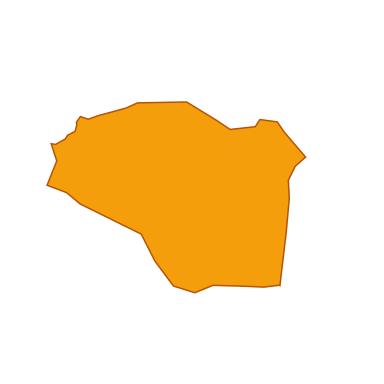 outline of Delgerxaan, Töv, Mongolia, rotated 323°
{"feature_id": "93677404B23816773635659", "entity_name": "Delgerxaan", "entity_type": "district", "adm_level": 2, "iso_a3": "MNG", "parent_name": "Mongolia", "parent_adm1": "Töv", "projection": "mercator", "projection_center": [104.591, 46.68], "detail": "fine", "context": "isolated", "style": "filled", "palette": "amber", "viewbox_px": 384, "rotation_deg": 323, "n_neighbors": 0, "source": "geoboundaries", "source_scale": "gbopen_adm2", "svg_char_len": 646}
<svg xmlns="http://www.w3.org/2000/svg" viewBox="0 0 384 384"><g transform="rotate(323 192 192)"><path d="M206.1,319.4L242.9,281.0L265.9,255.6L276.0,240.6L289.9,233.6L303.7,232.5L303.0,220.6L301.7,200.0L302.3,187.3L289.8,175.0L281.8,177.9L260.1,165.0L254.5,148.9L241.8,116.8L202.1,88.0L189.7,85.2L163.1,74.6L152.9,71.4L148.3,64.6L141.8,66.7L140.1,69.4L135.0,73.2L126.9,71.8L122.6,73.4L111.7,71.9L108.6,68.7L102.7,85.8L80.3,99.4L91.5,117.1L95.5,134.4L126.1,195.1L120.8,224.8L120.6,256.0L133.7,274.2L152.5,279.1L167.5,291.1L173.1,295.5L177.1,298.8L192.3,311.3L206.1,319.3L206.1,319.4Z" fill="#f59e0b" stroke="#b45309" stroke-width="1.5"/></g></svg>